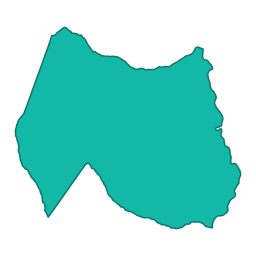 Ivinhema, Mato Grosso do Sul, Brazil
{"feature_id": "56859067B50852199945067", "entity_name": "Ivinhema", "entity_type": "district", "adm_level": 2, "iso_a3": "BRA", "parent_name": "Brazil", "parent_adm1": "Mato Grosso do Sul", "projection": "equal_earth", "projection_center": [-53.771, -22.36], "detail": "fine", "context": "isolated", "style": "filled", "palette": "teal", "viewbox_px": 256, "rotation_deg": 0, "n_neighbors": 0, "source": "geoboundaries", "source_scale": "gbopen_adm2", "svg_char_len": 5055}
<svg xmlns="http://www.w3.org/2000/svg" viewBox="0 0 256 256"><path d="M57.4,32.3L56.3,33.7L55.2,34.9L54.0,35.5L52.0,35.6L51.0,37.6L50.4,39.9L49.1,43.9L47.9,47.4L44.5,56.9L41.1,66.2L39.3,71.2L38.5,73.5L37.6,75.7L34.0,85.9L33.4,87.4L30.7,95.0L27.3,104.4L23.9,113.4L22.9,114.8L21.9,116.0L20.6,117.7L19.2,119.1L18.2,121.0L17.4,123.5L16.8,124.7L16.5,126.1L16.2,127.8L15.7,129.0L15.4,131.2L15.6,133.6L15.6,135.8L16.5,137.4L16.9,138.8L17.3,140.9L17.9,142.3L18.2,144.0L18.8,145.9L18.8,147.4L18.5,149.0L18.3,151.0L19.1,153.0L19.5,154.2L19.9,156.6L20.2,158.4L20.4,160.3L21.3,162.1L21.7,164.1L22.9,166.2L24.2,167.6L25.3,169.0L26.5,169.4L27.9,169.9L28.4,171.7L29.3,173.5L30.2,175.0L30.7,176.2L31.9,177.9L33.2,179.1L34.0,180.4L35.0,181.5L36.4,183.1L37.1,184.6L37.7,186.2L38.6,188.1L39.6,189.3L40.1,191.1L40.6,192.8L41.1,194.2L42.0,195.6L42.1,197.5L42.4,199.4L42.5,200.9L42.8,202.5L44.0,202.7L44.5,204.6L45.0,206.9L45.1,208.4L44.6,210.4L45.8,212.1L46.9,213.8L47.5,215.8L48.2,217.0L49.0,216.0L49.9,214.9L51.1,213.2L51.9,212.0L52.9,210.7L56.5,205.6L59.7,201.1L61.5,198.5L69.1,187.8L71.2,184.6L76.3,177.5L78.9,173.8L80.9,170.9L82.1,169.2L83.0,168.1L85.3,164.6L86.4,164.2L87.3,163.1L88.7,163.3L90.1,165.0L91.0,166.4L91.6,168.2L92.6,168.6L93.9,168.8L94.7,169.9L95.5,171.7L96.9,172.3L97.3,174.0L98.4,174.5L99.3,175.5L100.3,176.6L100.6,177.9L101.2,179.4L102.1,180.8L103.3,182.0L104.1,184.5L105.6,186.6L106.4,188.9L106.9,190.4L107.5,191.9L108.0,194.0L109.3,195.8L111.0,197.2L112.0,198.6L113.0,200.3L114.8,201.5L116.1,202.6L117.2,203.5L118.5,204.4L119.7,205.5L120.5,206.6L121.6,207.2L122.9,207.0L124.2,208.2L125.2,209.9L126.5,210.6L128.0,211.1L129.8,211.4L130.9,211.8L132.4,212.2L133.6,213.2L134.8,214.0L135.8,214.4L137.0,215.3L138.3,215.8L139.8,216.3L140.8,216.8L142.0,217.0L143.8,217.6L145.3,217.9L146.7,217.6L147.8,217.6L149.0,217.8L150.0,218.4L150.9,219.1L152.0,219.0L153.6,219.5L154.9,220.1L156.0,221.1L157.2,222.5L158.5,223.0L159.6,223.5L160.8,224.1L162.0,224.8L163.3,224.6L164.7,224.8L165.9,225.7L167.8,226.2L169.2,226.5L170.2,227.2L171.3,228.0L172.7,227.9L174.4,228.2L176.5,228.6L178.3,228.4L179.8,227.7L181.0,227.7L182.5,226.9L184.0,225.7L185.1,224.9L186.3,224.2L187.6,224.0L189.0,224.1L190.4,223.1L191.8,221.9L193.2,221.9L195.2,222.1L197.2,221.9L199.1,222.0L200.6,222.6L202.0,223.1L203.6,224.0L205.0,225.7L206.6,226.7L207.9,227.0L209.3,227.1L210.4,227.5L211.5,227.9L212.5,227.5L212.3,225.8L212.4,224.0L213.0,221.7L213.8,220.1L214.7,218.8L215.7,217.5L216.8,216.4L217.8,216.0L218.9,215.8L220.0,215.8L221.2,215.7L222.6,215.4L223.9,214.6L225.3,213.6L226.6,212.6L227.9,210.8L227.8,209.0L227.5,207.3L227.6,205.8L228.9,203.0L229.6,201.8L230.2,200.4L231.3,199.2L233.2,197.9L234.5,196.8L235.4,195.6L235.5,194.2L235.0,192.8L234.4,191.8L234.4,190.4L235.1,189.1L236.0,187.5L236.7,186.1L237.6,184.9L238.9,183.1L238.9,181.2L239.1,178.9L239.8,177.2L240.4,175.7L240.6,173.5L240.3,172.0L239.9,170.6L239.0,169.2L238.3,167.9L237.5,166.6L236.7,165.3L235.9,164.0L234.0,163.4L232.2,164.1L231.1,163.5L230.7,161.2L231.0,158.8L231.0,156.5L230.3,154.5L230.0,152.4L229.8,150.4L229.0,147.9L224.9,145.6L224.1,140.6L223.6,138.9L222.8,138.0L221.5,136.8L220.9,134.9L221.2,133.3L221.7,132.0L221.7,130.0L221.1,128.9L220.0,128.9L219.1,129.8L217.9,130.5L216.1,130.4L215.7,128.4L216.5,127.4L217.8,127.2L219.1,127.1L221.6,125.5L221.7,123.2L222.2,121.4L222.7,119.8L222.8,118.3L222.4,115.9L221.3,114.6L220.6,113.3L219.8,111.9L218.4,110.3L216.8,108.2L216.0,106.6L215.1,105.1L214.5,103.2L214.9,100.7L216.1,98.3L216.1,96.4L215.2,94.7L214.6,93.2L213.8,91.7L212.9,90.8L211.9,90.2L211.1,89.0L210.6,87.3L210.2,85.7L210.1,84.3L209.9,82.8L209.3,81.1L208.8,79.8L208.3,78.3L208.0,76.3L207.8,74.5L208.0,73.1L208.8,71.3L210.6,69.8L212.4,69.3L212.4,67.1L211.6,65.7L210.6,64.5L209.7,63.4L208.8,62.3L207.9,60.9L206.5,60.0L204.7,60.0L203.3,59.0L202.7,57.6L202.5,56.3L202.6,54.3L203.0,51.4L203.1,49.1L201.6,48.5L199.9,47.9L198.5,47.3L196.9,47.2L195.7,47.8L195.0,49.0L194.3,50.3L193.3,52.1L192.4,53.2L191.5,54.0L189.9,54.9L188.2,55.5L186.6,55.8L185.2,56.4L184.0,57.5L182.6,58.4L181.1,59.3L180.1,59.8L178.7,61.0L176.2,62.5L174.2,63.4L172.9,64.3L171.9,64.9L170.5,66.0L168.7,67.1L166.6,66.6L165.4,66.6L164.3,66.7L162.5,67.1L161.0,67.1L159.9,66.8L158.5,67.0L157.2,67.9L155.8,68.7L154.6,69.1L153.5,69.8L151.9,69.5L150.3,69.7L149.2,69.5L147.9,69.5L146.9,69.9L145.7,70.0L144.5,69.3L143.4,68.8L141.9,68.3L140.4,68.6L139.2,68.9L138.2,69.1L137.1,69.1L135.9,69.4L134.9,68.9L133.8,68.4L132.2,67.7L130.1,66.6L128.5,64.9L126.9,63.4L126.0,62.3L124.6,61.0L122.7,60.1L120.1,58.2L118.9,57.5L117.0,56.8L115.3,56.6L113.6,56.4L112.3,56.2L111.2,56.4L110.2,56.7L108.9,56.2L107.4,56.3L106.0,56.2L103.9,56.0L102.4,55.8L101.2,55.6L100.0,54.5L98.7,54.1L97.3,53.6L96.2,52.6L95.2,51.8L93.6,51.6L92.4,51.0L91.4,49.8L90.5,48.2L89.6,46.7L88.4,45.7L87.4,43.7L86.3,41.7L85.4,39.9L84.4,38.3L82.5,37.3L81.7,35.4L80.7,35.1L79.4,35.4L78.2,34.7L77.2,34.0L76.1,33.7L74.3,33.4L72.9,33.2L71.7,33.1L70.6,31.2L69.0,30.7L68.2,29.8L67.2,28.7L65.9,27.8L64.6,27.4L63.6,27.8L62.4,28.5L60.3,30.3L58.9,31.6L57.4,32.3Z" fill="#14b8a6" stroke="#0f766e" stroke-width="1.5"/></svg>